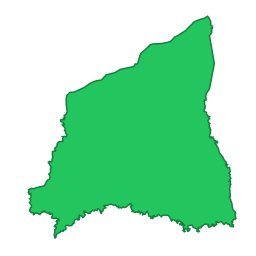 Phu Pha Man, Khon Kaen, Thailand (Albers equal-area conic projection), rotated 357°
{"feature_id": "78962969B79810553491951", "entity_name": "Phu Pha Man", "entity_type": "district", "adm_level": 2, "iso_a3": "THA", "parent_name": "Thailand", "parent_adm1": "Khon Kaen", "projection": "albers", "projection_center": [101.845, 16.731], "detail": "fine", "context": "isolated", "style": "filled", "palette": "green", "viewbox_px": 256, "rotation_deg": 357, "n_neighbors": 0, "source": "geoboundaries", "source_scale": "gbopen_adm2", "svg_char_len": 5920}
<svg xmlns="http://www.w3.org/2000/svg" viewBox="0 0 256 256"><g transform="rotate(357 128 128)"><path d="M213.3,20.6L210.0,22.4L205.7,23.3L199.7,25.4L190.4,33.9L182.0,38.6L179.2,39.7L177.1,42.0L174.8,43.8L171.5,44.7L165.8,45.4L157.0,45.4L154.5,46.1L148.8,51.2L145.1,53.7L143.6,56.5L141.1,64.2L140.4,64.7L138.6,64.4L137.7,66.1L136.5,67.0L123.3,69.1L117.9,72.0L108.9,73.9L104.0,78.7L99.0,79.2L95.8,80.1L92.0,81.7L86.5,85.2L76.0,89.4L72.0,89.3L68.6,92.3L67.9,94.8L67.6,101.5L68.1,108.8L66.7,111.2L64.8,112.3L65.6,114.1L65.2,115.2L64.5,114.6L64.0,114.7L64.6,116.2L61.5,116.1L61.0,116.6L61.2,117.8L63.1,119.1L64.7,121.1L64.3,121.5L62.7,121.1L62.5,121.5L65.0,124.4L65.3,125.9L64.4,126.9L65.2,127.7L65.4,129.6L66.6,131.4L66.5,132.4L65.9,133.2L62.1,133.2L62.9,134.0L62.2,135.5L62.2,137.9L58.0,138.2L56.3,140.2L56.1,142.6L53.8,144.3L54.0,145.9L54.5,146.4L54.3,147.3L53.0,147.0L51.1,147.9L51.3,149.3L50.9,150.2L51.5,151.6L51.3,152.3L51.6,153.4L50.5,155.3L50.3,157.4L49.4,157.9L47.8,157.2L46.6,158.0L49.3,163.2L48.5,164.4L48.3,168.4L46.5,169.9L47.7,172.4L47.0,175.0L44.9,175.8L43.1,178.3L42.1,180.5L41.0,181.5L32.8,182.9L30.7,183.7L28.7,183.3L27.2,183.5L26.1,184.5L25.6,184.4L25.6,186.0L25.0,187.0L25.3,187.6L26.5,187.9L25.7,188.7L25.8,189.2L26.6,189.3L27.4,188.8L27.6,189.1L27.6,192.1L26.1,193.6L26.9,194.3L26.9,195.9L25.6,197.4L27.5,200.0L27.3,202.2L26.4,202.5L26.1,204.0L25.4,204.9L25.5,205.8L26.1,206.0L26.6,207.3L28.9,207.8L29.1,209.6L29.9,209.3L30.5,208.3L33.0,208.1L35.5,209.8L37.3,207.7L38.0,207.4L38.6,207.7L39.0,206.8L40.0,206.4L40.5,206.6L40.4,207.3L42.7,208.6L43.9,208.8L45.1,208.3L45.2,209.1L44.9,209.8L45.7,210.2L47.9,209.5L48.0,211.7L47.1,213.0L47.3,214.0L49.7,214.6L50.5,214.1L51.0,214.5L52.1,214.2L53.0,215.1L53.9,215.1L54.2,216.5L53.4,215.9L53.5,216.5L53.1,217.0L51.8,216.9L51.4,217.4L52.6,218.8L52.1,219.2L52.6,220.0L50.0,221.2L50.0,221.6L50.6,221.5L49.3,222.4L49.7,222.9L50.9,223.0L51.3,223.7L50.7,225.0L49.4,225.7L49.7,227.4L48.7,230.7L49.2,233.9L50.3,233.4L50.3,232.8L49.7,232.0L50.9,231.6L51.5,229.8L54.5,228.8L55.4,227.3L57.7,227.8L58.3,227.4L58.2,226.5L60.3,226.3L60.9,225.0L60.3,222.9L61.1,222.1L62.6,221.9L63.8,222.6L66.4,222.5L67.7,221.5L67.9,220.6L69.3,220.0L69.2,218.6L69.9,217.0L72.2,216.1L73.0,216.4L73.2,217.2L74.4,217.0L74.6,216.2L74.0,215.4L74.9,215.2L75.0,214.6L74.2,213.4L74.9,212.4L77.5,214.0L78.1,214.9L78.8,214.8L80.7,212.7L79.6,209.5L80.0,208.9L80.9,209.0L81.3,210.0L83.3,210.5L83.8,211.3L85.8,211.0L85.8,210.1L87.0,209.7L87.9,208.5L88.7,208.5L89.7,209.1L90.6,208.1L92.8,208.8L93.3,207.3L94.4,207.0L95.4,208.3L96.2,211.1L96.9,211.8L97.4,211.2L96.7,209.6L98.4,209.7L99.7,207.1L101.7,206.5L101.3,205.6L100.0,204.9L100.0,204.3L101.5,203.9L103.6,204.4L104.9,203.5L106.9,203.2L109.6,204.3L111.0,204.0L111.3,204.6L112.1,204.7L112.6,205.8L114.3,205.9L114.1,207.0L114.5,207.3L116.1,207.0L117.5,207.6L118.8,206.4L119.8,207.2L121.5,207.0L123.8,205.3L124.2,204.6L125.7,204.7L126.0,203.8L126.9,203.9L127.4,204.4L127.2,205.3L127.9,205.7L126.4,206.9L127.5,207.8L127.1,208.6L127.7,210.0L128.9,210.8L127.8,211.6L129.4,212.0L130.2,212.7L132.5,212.2L133.7,212.9L134.1,212.4L133.3,212.1L134.1,211.6L135.2,212.2L135.7,214.1L136.4,213.1L137.7,212.8L138.6,213.9L137.9,214.7L138.2,215.5L138.9,214.9L140.4,215.0L142.7,212.3L143.8,214.4L144.1,216.9L145.7,217.6L145.8,219.0L147.5,219.7L148.3,219.4L148.2,218.3L147.5,218.1L147.8,217.4L149.3,216.7L149.4,217.2L148.9,218.2L152.2,217.7L153.8,215.9L156.8,218.4L157.7,217.1L158.6,216.9L163.3,217.2L164.6,218.5L166.7,223.1L168.0,221.9L169.0,222.1L170.3,223.3L172.5,222.7L172.2,223.7L171.6,224.0L172.3,225.7L172.8,225.6L173.1,223.8L175.0,223.6L176.0,224.3L176.5,225.6L176.2,226.0L175.1,226.0L174.7,227.2L175.9,227.3L177.3,228.2L177.4,225.9L179.1,227.5L179.2,228.2L178.6,228.7L177.9,230.5L178.5,231.8L177.5,233.1L178.7,234.6L179.6,234.2L178.9,233.1L179.9,231.6L180.6,231.6L181.7,232.3L182.0,234.2L183.2,234.1L184.5,232.5L184.5,231.8L183.2,231.5L182.8,230.9L182.5,229.4L183.2,228.8L186.2,228.2L187.1,228.5L188.0,230.7L191.7,232.4L191.5,234.7L193.0,235.4L193.7,234.9L192.7,232.6L193.2,231.1L194.3,231.7L195.8,231.3L196.0,230.0L197.0,229.9L198.7,228.4L200.7,228.0L203.2,228.6L203.4,229.1L202.8,229.8L203.7,231.5L205.8,230.5L207.1,228.3L207.7,229.0L208.7,228.9L208.6,229.4L207.7,229.5L207.6,230.0L208.0,230.4L209.1,230.6L211.6,228.8L211.0,226.7L211.3,226.1L213.7,227.4L215.7,226.2L216.5,226.3L218.6,229.3L219.4,229.1L220.4,227.8L221.2,227.7L222.2,229.1L223.9,229.5L225.1,231.6L228.0,232.1L228.1,230.2L226.9,229.7L226.6,229.2L227.7,227.6L227.6,226.9L227.0,226.8L228.0,225.9L228.0,225.2L229.6,224.5L230.3,224.8L231.0,224.0L230.4,220.2L230.4,218.9L230.9,218.9L230.8,217.6L228.4,215.0L227.7,208.5L225.7,201.9L226.3,202.0L226.6,201.3L226.4,193.7L227.0,190.6L227.7,189.6L227.0,189.4L227.5,186.4L226.2,186.4L228.1,183.6L227.1,181.9L227.6,179.6L226.5,178.4L227.8,176.8L227.3,173.0L225.3,172.8L224.6,171.7L224.6,170.9L223.5,170.1L223.6,169.7L224.4,170.0L225.3,169.8L224.2,168.9L224.5,168.3L224.3,167.2L223.2,166.5L222.9,165.3L222.1,164.7L221.1,161.8L220.2,161.2L220.1,160.4L218.1,157.7L216.8,152.2L215.8,151.2L215.7,150.1L215.1,149.5L215.2,148.8L214.1,148.1L214.1,147.5L215.7,146.9L216.5,147.4L216.6,146.2L215.2,146.2L215.3,145.7L214.6,145.2L213.5,145.3L213.1,144.2L213.3,143.7L212.2,142.6L212.3,141.5L210.9,142.0L210.8,141.4L210.2,141.2L209.8,141.5L210.0,142.1L209.3,142.0L209.2,138.9L210.2,137.2L210.1,135.3L210.5,134.7L209.9,132.2L209.2,132.0L209.5,130.1L209.0,128.6L209.9,127.7L208.9,126.9L208.2,125.1L209.2,123.5L210.0,123.1L209.4,122.4L209.3,121.5L209.9,120.9L208.5,120.7L208.6,120.2L207.1,118.3L207.2,116.6L205.0,115.3L204.9,114.0L206.1,112.0L205.7,111.2L206.3,110.0L205.6,108.4L205.8,106.2L205.4,105.3L206.1,104.3L207.2,104.4L207.5,103.3L207.3,100.3L207.9,97.8L211.0,93.7L211.8,91.7L217.6,68.1L214.2,40.0L216.5,37.3L216.9,33.4L216.6,33.0L217.4,32.9L217.8,31.5L216.8,29.9L215.8,29.1L216.3,26.6L214.9,22.8L213.3,20.6Z" fill="#22c55e" stroke="#15803d" stroke-width="1.5"/></g></svg>